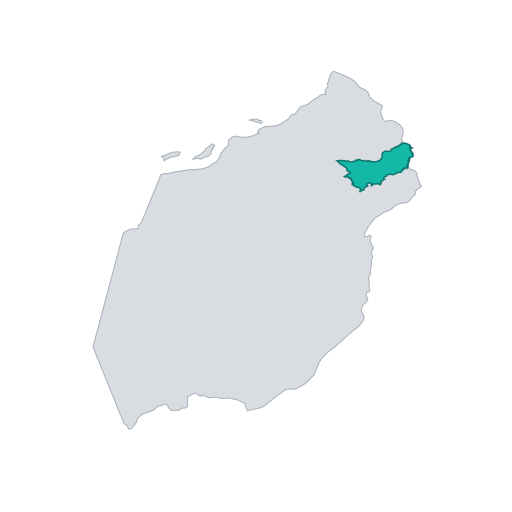 Namtumbo, Ruvuma, United Republic of Tanzania shown in context, rotated 248°
{"feature_id": "72390352B4837835329020", "entity_name": "Namtumbo", "entity_type": "district", "adm_level": 2, "iso_a3": "TZA", "parent_name": "United Republic of Tanzania", "parent_adm1": "Ruvuma", "projection": "equal_earth", "projection_center": [36.206, -10.673], "detail": "fine", "context": "in_parent", "style": "filled", "palette": "teal", "viewbox_px": 512, "rotation_deg": 248, "n_neighbors": 0, "source": "geoboundaries", "source_scale": "gbopen_adm2", "svg_char_len": 9305}
<svg xmlns="http://www.w3.org/2000/svg" viewBox="0 0 512 512"><g transform="rotate(248 256 256)"><path d="M206.2,360.7L202.0,357.8L198.2,356.0L195.1,354.1L193.7,352.1L190.8,351.4L188.3,351.1L186.0,349.3L181.2,348.6L180.6,347.4L180.6,344.8L179.7,344.1L178.0,343.4L176.1,343.4L175.0,343.8L174.3,343.6L172.7,342.1L171.3,340.1L170.7,336.9L168.5,334.9L166.0,333.2L159.0,333.4L157.9,332.9L156.2,331.3L154.3,328.7L152.7,325.6L151.3,321.5L149.8,316.0L141.7,293.8L140.9,289.6L139.3,285.0L136.7,279.2L133.9,275.0L130.2,271.2L126.0,267.3L123.7,264.7L119.4,254.3L118.5,249.4L117.8,244.3L118.0,242.3L120.7,235.7L121.0,233.9L120.6,231.4L119.3,226.2L117.6,219.9L114.1,208.4L113.6,205.5L113.6,203.3L115.6,191.6L115.6,190.0L123.7,190.2L129.5,185.0L134.6,177.4L135.6,174.2L137.7,169.3L139.8,166.8L140.5,165.1L141.7,160.2L144.4,156.9L147.0,154.4L146.5,152.5L146.8,151.9L148.3,150.6L151.1,149.4L151.6,146.8L151.6,143.9L151.1,142.3L151.2,140.4L150.8,139.4L149.0,139.1L146.3,137.6L144.0,137.0L142.4,136.2L141.9,135.5L141.6,133.8L142.9,129.3L141.6,127.5L144.4,120.1L144.9,119.1L146.0,119.0L147.6,118.2L149.1,117.9L150.3,118.2L151.2,117.9L152.0,117.0L152.7,114.5L153.2,110.3L152.9,106.8L151.7,104.2L151.4,100.2L151.9,94.7L151.5,90.2L150.2,86.6L148.9,84.5L146.9,83.4L143.7,77.9L142.7,75.3L142.9,73.6L144.0,72.9L146.0,73.1L147.9,72.5L149.7,71.0L151.4,70.6L152.4,70.8L232.8,70.8L326.9,141.5L327.3,142.3L328.0,148.4L327.8,150.5L326.4,154.0L326.0,155.8L325.9,157.1L326.3,157.6L327.5,157.7L328.6,158.6L329.0,159.2L329.8,161.9L330.8,163.2L366.5,197.8L367.3,198.3L366.8,201.2L364.7,208.3L364.6,211.2L363.8,214.7L363.1,217.0L361.0,226.9L359.3,230.6L356.9,239.2L356.5,245.9L357.8,250.5L358.3,254.9L361.0,259.2L363.2,260.7L364.7,262.6L367.3,267.1L368.8,271.6L373.5,273.8L375.4,278.8L374.7,282.2L372.5,285.1L370.4,289.7L368.8,295.8L368.7,305.1L369.8,303.6L372.3,305.9L372.6,312.8L370.0,320.7L369.2,324.4L369.1,327.6L370.9,337.2L373.8,342.0L373.5,343.5L372.8,344.8L377.6,353.4L377.2,360.8L379.0,366.6L379.8,371.6L380.9,375.5L381.2,378.2L379.7,381.1L383.2,381.8L385.3,384.3L386.2,386.6L388.8,386.5L390.1,388.0L392.1,389.3L396.5,393.2L397.7,395.2L398.4,397.0L386.3,409.2L381.9,412.4L378.7,413.8L375.4,414.6L372.2,416.5L369.2,419.6L365.4,421.1L360.7,421.1L355.8,423.2L348.1,429.5L343.6,426.0L340.1,424.9L336.0,425.0L333.6,425.5L332.7,426.2L331.9,428.3L331.2,431.9L328.6,435.2L323.9,438.5L319.6,439.7L315.7,438.9L313.1,437.5L311.7,435.6L309.6,434.8L306.9,434.9L304.3,436.3L301.9,438.8L297.9,439.9L292.5,439.5L289.6,438.3L289.2,436.2L286.8,433.8L282.5,430.9L279.3,430.9L277.2,433.6L275.4,435.3L273.7,436.0L272.1,436.1L269.9,435.3L264.0,435.0L258.3,435.2L257.7,431.2L256.5,428.8L255.5,427.4L253.6,427.1L253.0,426.0L252.3,423.5L251.4,421.4L250.1,419.7L249.3,418.1L249.1,416.6L249.3,415.0L250.4,411.0L250.8,408.3L250.7,405.4L250.0,402.5L248.7,399.1L248.8,398.1L248.3,395.8L248.3,394.1L248.6,392.1L248.3,389.4L247.1,383.6L247.1,382.1L245.9,379.3L242.1,372.7L241.9,371.9L236.0,365.2L233.6,363.8L232.8,365.0L232.4,366.2L232.7,368.3L232.5,369.4L232.3,369.8L230.9,369.8L230.0,369.5L227.8,367.7L226.0,367.3L221.7,367.6L220.2,368.0L219.0,367.6L216.7,364.6L214.0,363.9L211.5,363.8L207.5,360.3L206.2,360.7ZM374.2,249.5L376.2,256.8L375.9,258.2L374.5,259.0L373.8,259.1L372.9,257.9L372.3,255.5L371.3,256.0L369.5,253.1L367.7,252.9L366.2,249.4L366.8,246.3L366.4,241.1L368.4,238.4L369.4,233.9L370.7,237.0L370.9,241.8L372.6,247.4L374.2,249.5ZM383.7,205.7L383.9,207.5L383.5,209.1L383.6,214.3L383.4,217.8L381.9,222.6L380.7,224.3L379.7,223.8L378.8,223.0L378.1,221.7L379.5,212.9L378.8,206.4L381.6,207.1L383.7,205.7ZM379.5,311.6L378.2,312.0L377.6,311.6L376.8,310.2L378.3,308.9L379.7,306.6L383.0,303.1L384.6,300.3L384.3,303.0L382.4,308.9L380.8,309.3L379.5,311.6Z" fill="#d9dde1" stroke="#a8b0b8" stroke-width="1"/><path d="M313.8,366.8L313.2,367.1L312.9,367.3L310.1,368.5L307.7,370.1L304.3,372.6L303.5,372.8L302.6,372.7L302.1,372.6L301.6,372.6L301.1,372.8L300.1,372.8L299.7,373.6L299.0,374.3L298.4,374.7L297.7,374.8L297.6,373.2L297.4,372.5L297.3,372.3L297.3,372.2L297.5,371.9L297.3,371.5L297.4,371.2L297.0,370.4L296.5,370.4L296.2,369.8L296.3,369.6L296.3,369.4L296.3,369.1L296.5,369.2L296.6,368.9L296.7,368.0L296.7,367.6L296.2,367.8L296.1,368.3L296.1,368.7L295.8,368.9L295.8,369.1L295.6,369.3L295.6,369.7L295.4,369.8L295.4,369.6L295.2,369.7L295.2,369.9L295.2,370.3L294.9,370.7L294.4,371.2L293.2,371.6L293.0,372.7L292.8,372.7L292.5,373.1L292.3,372.9L292.3,373.0L292.2,373.0L292.1,373.3L291.7,373.2L291.2,373.0L290.9,373.0L290.4,373.0L290.4,372.9L289.5,373.1L289.2,372.9L289.0,373.1L289.0,372.9L288.8,373.3L288.7,373.2L288.5,373.4L288.4,373.4L288.3,373.7L288.2,373.6L287.9,373.6L287.6,373.7L287.4,373.5L287.5,373.7L287.2,373.7L287.1,373.3L286.9,373.3L287.0,372.9L286.8,373.0L286.8,372.7L286.7,372.9L286.7,372.2L286.3,372.0L286.0,372.2L285.9,372.1L285.6,372.6L285.6,372.8L285.5,372.6L285.2,372.8L285.2,373.0L284.9,373.0L284.7,373.1L284.6,373.3L284.4,373.3L283.6,373.8L283.2,374.2L282.8,374.3L282.7,374.5L281.8,375.5L280.8,377.2L279.8,377.6L278.9,378.4L278.5,378.2L278.0,377.5L277.9,377.1L277.5,377.0L277.3,376.7L277.1,376.5L276.7,376.6L277.1,377.5L276.9,379.1L276.9,380.7L277.1,381.0L277.5,381.1L277.7,381.4L279.2,382.5L279.1,383.3L279.2,383.6L279.0,384.2L278.9,385.0L279.0,385.2L279.0,385.8L279.2,386.0L279.5,386.0L279.8,385.8L280.3,385.3L280.8,385.1L281.2,385.3L281.4,386.2L281.4,387.3L281.4,387.5L281.3,387.8L281.1,388.3L281.1,389.7L280.6,389.9L279.9,389.9L279.4,389.9L279.2,389.7L278.6,389.8L278.4,389.5L278.0,389.4L278.0,389.7L278.2,389.8L278.1,390.1L278.0,390.3L278.6,390.4L278.8,390.8L278.7,391.1L278.8,391.3L278.8,391.9L278.5,392.2L278.2,393.7L277.9,394.1L277.7,394.5L277.7,394.8L277.7,395.1L277.7,395.3L277.7,395.6L277.4,396.0L277.5,396.5L277.3,396.7L276.9,396.7L276.8,397.0L276.0,397.2L275.7,397.5L276.0,397.8L276.0,398.0L275.9,398.5L276.0,398.8L276.5,399.2L277.0,399.3L277.4,399.7L278.3,399.9L278.4,401.7L279.0,402.6L279.0,403.9L279.5,403.4L279.9,403.5L280.0,403.4L280.6,403.8L281.3,405.0L281.3,405.8L281.1,406.2L281.2,407.1L282.0,408.4L281.9,410.7L280.9,412.1L280.8,412.4L280.5,412.6L280.4,413.0L280.1,413.5L280.0,413.9L279.9,415.0L280.0,415.4L280.0,417.0L280.3,417.6L280.6,417.8L280.3,418.4L280.1,418.6L280.0,419.4L280.1,419.7L280.1,420.2L279.4,421.3L279.4,421.5L279.6,421.8L279.6,422.3L279.6,422.6L280.1,422.7L280.3,423.2L280.5,423.3L280.9,423.4L281.2,424.0L281.3,424.3L281.2,424.6L281.4,425.0L281.1,424.9L281.2,425.3L281.3,425.4L281.2,425.4L281.3,425.6L281.5,425.5L281.4,425.8L281.5,425.8L281.3,426.2L281.4,426.4L281.3,426.5L281.4,426.8L281.6,427.0L281.7,426.9L281.6,427.4L281.7,427.5L281.7,427.9L281.5,428.1L281.5,428.3L281.6,428.6L282.0,429.1L281.8,429.4L281.3,429.3L281.5,429.5L281.4,429.6L281.4,429.9L281.2,429.7L281.2,429.9L281.5,430.1L281.6,429.9L281.8,429.9L282.4,430.3L282.9,430.3L283.2,429.8L283.3,429.8L283.5,430.2L283.7,431.3L283.8,431.3L283.9,430.9L284.1,431.1L284.3,431.0L284.5,431.5L284.9,432.0L285.1,431.9L285.8,432.2L285.8,432.6L286.3,433.3L286.4,433.8L286.7,433.8L287.5,433.3L287.5,433.0L287.7,432.8L287.9,432.9L288.0,433.3L287.9,433.8L288.0,434.2L288.4,434.4L288.6,434.8L288.9,434.8L289.2,434.1L289.4,434.0L289.5,434.7L289.8,435.2L289.7,435.5L289.5,435.9L289.5,436.5L289.4,437.0L289.4,437.5L289.4,438.0L289.6,438.6L290.2,439.5L290.5,439.5L290.8,439.1L291.0,439.2L291.6,438.9L291.8,439.1L291.9,439.9L292.2,440.0L292.8,439.8L293.1,439.5L293.7,439.7L294.5,438.6L295.0,438.8L295.3,438.6L296.1,438.7L297.2,438.6L297.9,439.2L297.5,440.5L297.6,441.0L297.8,441.4L298.6,440.3L298.8,440.3L299.2,439.2L299.6,439.3L300.0,439.6L300.1,439.9L300.3,440.0L300.4,440.3L300.5,440.4L300.9,440.3L302.2,439.4L302.9,438.4L304.2,437.4L304.4,437.1L304.5,436.3L304.9,436.1L305.2,434.3L306.1,433.5L306.2,433.2L305.4,432.7L305.3,432.2L304.9,431.8L304.9,431.5L305.1,431.3L305.0,431.0L305.1,430.7L304.7,430.4L304.8,429.9L304.6,429.6L304.7,429.4L304.6,429.1L304.7,428.7L304.6,428.2L304.3,427.9L304.5,427.7L304.7,427.4L304.7,426.7L304.8,426.4L304.6,426.4L304.6,425.7L304.4,425.3L304.5,425.1L304.2,424.8L304.3,424.5L304.2,424.3L304.3,424.1L304.2,423.8L304.3,423.7L304.4,423.3L304.2,423.0L304.3,422.4L304.2,422.3L304.3,422.0L304.0,422.1L303.9,421.7L303.8,421.8L303.7,421.7L303.3,420.8L303.2,420.8L303.0,420.3L303.1,420.1L303.0,419.9L303.0,419.5L302.9,419.3L302.9,418.9L303.1,418.5L304.5,416.1L304.7,415.5L304.6,413.5L304.5,412.9L304.2,412.1L303.9,411.7L302.9,411.0L300.5,409.9L299.7,409.2L298.7,407.6L298.3,406.7L298.2,406.3L298.4,405.5L298.3,404.6L298.3,403.1L298.9,401.2L299.2,400.6L299.2,400.0L299.8,399.1L300.2,398.9L300.4,397.9L300.5,397.8L300.5,397.5L301.1,397.2L301.4,397.1L301.5,396.8L301.8,396.6L301.7,396.2L302.0,396.2L302.1,395.6L302.5,395.5L302.4,394.8L302.3,394.7L302.5,394.4L302.6,394.2L302.4,394.1L302.5,393.6L302.8,393.0L303.1,392.9L303.6,392.3L304.0,392.0L304.1,391.8L304.0,391.5L304.0,391.0L304.3,390.7L304.3,390.3L304.6,390.1L305.1,389.5L306.1,388.7L306.3,388.4L306.3,388.1L306.5,387.8L306.8,387.9L306.9,387.3L307.0,387.1L306.8,386.6L307.0,386.4L306.8,386.1L306.8,385.8L307.1,385.6L307.1,385.1L307.4,385.1L307.4,384.8L307.4,384.6L307.3,384.4L307.0,384.2L306.8,382.8L307.1,381.8L307.3,381.7L307.2,380.8L307.4,379.0L307.8,378.6L308.7,377.9L309.4,377.2L309.8,376.6L310.6,374.3L310.8,374.1L311.1,374.0L311.4,372.7L312.1,372.0L312.4,371.5L313.1,369.5L313.3,369.3L313.4,368.3L313.6,367.3L313.8,366.8Z" fill="#14b8a6" stroke="#0f766e" stroke-width="1.5"/></g></svg>